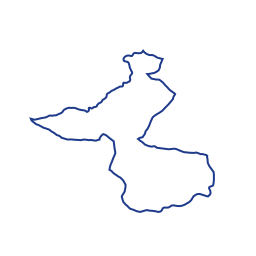 the district of Chongshing, Pemagatsel, Bhutan, rotated 104°
{"feature_id": "84629894B45511376632903", "entity_name": "Chongshing", "entity_type": "district", "adm_level": 2, "iso_a3": "BTN", "parent_name": "Bhutan", "parent_adm1": "Pemagatsel", "projection": "equal_earth", "projection_center": [91.349, 26.998], "detail": "fine", "context": "isolated", "style": "outline", "palette": "blue", "viewbox_px": 256, "rotation_deg": 104, "n_neighbors": 0, "source": "geoboundaries", "source_scale": "gbopen_adm2", "svg_char_len": 5098}
<svg xmlns="http://www.w3.org/2000/svg" viewBox="0 0 256 256"><g transform="rotate(104 128 128)"><path d="M49.4,132.0L50.5,132.5L51.2,132.8L51.8,133.2L52.2,133.9L52.5,134.6L52.8,135.4L53.0,136.2L53.1,137.1L53.2,137.9L53.3,138.7L53.5,139.5L53.9,140.2L54.5,140.6L55.3,140.9L55.9,141.1L56.6,141.3L57.2,141.7L57.4,142.5L57.4,143.3L57.4,144.2L57.5,145.0L57.8,145.7L58.1,146.5L58.6,147.2L59.1,147.7L59.7,148.3L60.3,148.6L61.0,148.8L61.6,149.0L62.3,149.0L63.0,148.8L63.6,148.4L64.0,147.6L64.0,146.8L64.0,145.9L64.0,145.1L64.0,144.2L64.4,143.5L64.9,143.0L65.6,142.6L66.2,142.2L66.8,141.8L67.5,141.5L68.1,141.2L68.8,140.9L69.4,140.5L70.0,140.0L70.6,139.5L71.2,139.1L71.8,138.6L72.3,138.0L72.9,137.5L74.0,137.3L75.0,137.6L76.4,138.3L77.1,138.4L77.9,138.5L78.6,138.4L79.2,138.2L79.9,137.8L80.6,137.5L81.3,137.5L82.0,137.6L82.6,137.9L83.0,138.7L83.6,139.2L84.1,139.7L84.5,140.4L84.8,141.2L84.9,142.0L85.0,142.9L85.5,143.4L86.2,143.4L86.9,143.3L87.6,143.1L88.3,143.2L89.0,143.5L89.3,144.3L89.5,145.1L89.8,145.9L90.4,146.6L91.4,147.6L92.5,149.1L93.3,149.8L93.8,150.3L94.3,150.8L94.8,151.4L95.3,152.0L95.7,152.7L96.3,153.2L96.9,153.7L97.5,154.1L98.1,154.6L98.6,155.1L99.1,155.7L99.5,156.2L100.1,156.5L100.8,156.6L101.5,156.5L102.2,156.5L102.9,156.5L103.6,156.6L104.2,156.9L104.8,157.4L105.4,157.9L106.6,159.1L107.3,159.6L108.0,159.7L108.7,159.9L109.4,160.2L109.9,160.7L110.4,161.4L110.9,162.0L111.4,162.5L112.1,162.8L112.7,163.2L113.3,163.5L114.0,163.5L114.7,163.8L115.2,164.3L115.5,165.0L115.8,165.6L116.1,166.3L116.7,166.8L117.3,167.2L117.8,167.7L117.8,168.6L117.6,169.4L117.6,170.2L118.0,170.8L118.7,170.8L119.4,170.4L120.1,170.2L120.8,170.3L121.4,170.7L122.0,171.2L122.3,171.9L121.7,173.0L121.5,174.1L121.5,175.0L121.7,175.8L121.7,176.5L121.8,177.7L121.9,179.7L121.8,181.2L121.5,182.9L121.5,183.9L121.4,184.7L121.9,186.9L122.3,188.0L122.5,189.2L122.6,190.0L122.9,190.7L123.8,192.2L125.7,194.4L127.5,195.2L128.6,195.6L129.5,196.3L130.2,197.2L131.5,199.0L132.6,200.2L133.0,200.7L133.5,202.3L134.0,203.5L134.6,205.2L134.7,206.6L135.3,207.7L136.2,208.6L136.8,209.3L137.5,210.3L138.4,212.1L139.1,213.9L140.5,216.6L141.3,218.1L141.9,219.2L142.6,221.0L142.5,224.5L144.0,223.4L145.2,221.1L145.6,220.1L146.1,219.0L146.5,218.3L146.7,215.8L146.9,215.0L147.4,212.9L148.2,210.0L148.3,207.4L148.5,205.6L148.7,203.9L149.3,202.6L149.8,201.5L150.8,198.1L152.1,195.3L152.1,194.2L152.2,192.9L152.9,191.3L153.2,190.4L153.6,189.9L153.6,188.5L153.7,186.2L153.8,184.5L153.7,183.4L153.2,181.7L152.9,180.7L152.5,178.5L152.3,176.5L152.0,175.4L151.6,173.2L151.3,171.2L150.9,170.1L150.1,168.6L149.8,167.8L149.5,165.5L149.4,164.7L149.2,162.7L148.5,161.1L148.5,159.9L148.2,156.9L147.8,155.6L146.8,154.3L146.2,152.9L145.5,152.9L144.7,153.0L142.4,152.2L141.6,151.8L141.0,151.4L139.9,150.5L140.1,148.5L140.5,147.1L141.7,144.6L143.0,141.8L143.7,140.2L144.3,138.7L145.6,138.2L148.1,137.2L150.8,136.2L153.6,134.9L155.5,134.2L157.8,134.5L161.3,135.1L165.0,135.5L167.8,136.0L169.7,136.1L171.5,136.0L173.0,135.9L173.5,134.1L175.2,131.3L176.2,129.0L176.3,128.3L177.3,126.1L178.0,123.3L180.1,119.9L183.7,116.6L186.4,116.1L190.5,115.9L191.8,116.3L193.6,116.9L195.9,117.5L197.9,116.5L200.9,114.6L203.0,111.5L203.6,110.1L204.7,108.4L205.8,106.4L206.0,103.7L206.1,102.5L206.6,99.7L206.6,97.5L206.4,95.7L204.1,91.8L203.1,89.9L203.0,87.3L202.4,83.9L202.1,80.4L202.1,78.3L201.5,76.9L200.8,75.9L199.6,75.3L197.5,74.8L196.4,73.6L196.1,72.0L195.4,69.6L194.4,68.5L192.7,66.9L192.0,64.9L191.8,61.7L191.3,58.9L190.2,56.6L188.9,54.7L186.6,52.3L185.2,50.8L182.7,49.2L180.7,48.6L178.5,47.9L177.6,47.2L175.6,45.2L174.7,42.8L174.7,41.4L175.0,36.6L175.2,34.8L174.8,33.5L174.2,33.4L172.9,32.4L172.3,32.3L171.2,32.1L168.8,33.1L167.5,34.3L166.6,34.9L165.7,34.7L165.0,34.1L164.1,32.7L163.5,31.8L162.1,31.5L161.5,31.6L159.8,31.8L158.2,32.0L157.4,32.1L156.1,32.5L154.4,32.9L152.5,33.4L150.0,34.3L147.6,37.1L145.9,39.2L145.1,40.0L142.6,42.1L139.3,43.2L138.1,43.7L137.0,44.3L136.4,44.4L135.8,44.4L135.3,45.6L135.3,46.7L135.3,48.4L135.3,49.5L135.8,51.3L135.4,54.0L135.3,56.0L136.0,57.2L136.3,58.4L136.6,59.8L136.9,61.3L137.2,62.9L137.3,63.6L137.4,64.5L137.8,67.1L137.8,69.0L137.6,70.4L137.5,71.2L137.1,74.2L136.8,75.5L136.8,77.7L137.5,79.9L138.1,81.4L138.6,82.8L138.8,83.5L139.6,90.2L140.2,95.3L139.5,96.7L139.3,97.5L139.6,98.8L140.4,100.8L140.5,102.7L140.5,103.8L140.3,105.5L140.1,106.7L140.0,107.4L138.2,110.8L137.4,113.2L136.2,115.6L134.7,114.2L133.4,111.6L132.2,111.2L129.7,110.2L126.9,110.1L123.7,108.7L120.4,108.0L116.7,107.6L112.9,106.9L112.0,106.7L111.4,106.5L109.6,105.1L107.6,103.3L105.4,101.0L102.7,98.7L99.6,97.0L96.1,94.9L92.6,93.1L89.1,91.4L86.8,91.4L86.0,91.2L85.3,91.0L84.7,90.7L83.6,90.5L82.7,92.4L81.8,94.8L80.8,97.0L79.3,99.2L77.8,101.7L75.3,105.3L74.4,107.3L73.6,109.2L73.7,110.3L73.9,111.3L74.2,112.6L74.2,113.7L74.3,115.3L74.4,117.2L72.2,120.6L71.0,122.3L70.8,121.6L70.0,119.7L68.6,116.7L68.3,116.0L67.4,114.9L66.5,113.9L65.6,113.1L64.9,112.4L63.6,112.0L61.5,111.7L59.1,112.1L52.6,111.1L52.7,113.1L52.7,115.7L52.4,117.5L51.6,119.7L51.3,122.2L51.8,123.6L52.0,125.3L51.6,128.0L50.6,130.4L49.4,132.0Z" fill="none" stroke="#1e3a8a" stroke-width="2"/></g></svg>